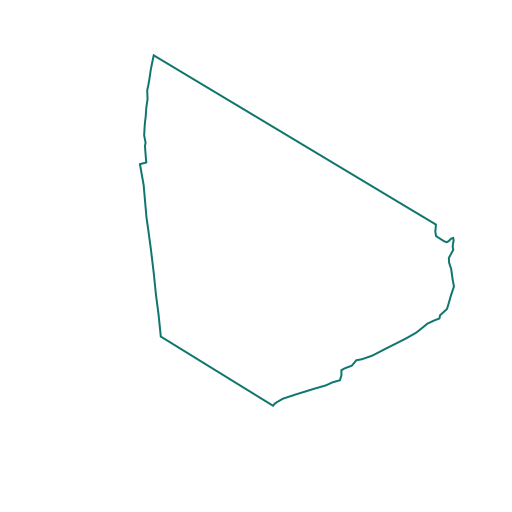 outline of Tesker, Zinder, Niger, rotated 301°
{"feature_id": "23599985B16015640173227", "entity_name": "Tesker", "entity_type": "district", "adm_level": 2, "iso_a3": "NER", "parent_name": "Niger", "parent_adm1": "Zinder", "projection": "robinson", "projection_center": [11.083, 15.833], "detail": "fine", "context": "isolated", "style": "outline", "palette": "teal", "viewbox_px": 512, "rotation_deg": 301, "n_neighbors": 0, "source": "geoboundaries", "source_scale": "gbopen_adm2", "svg_char_len": 1030}
<svg xmlns="http://www.w3.org/2000/svg" viewBox="0 0 512 512"><g transform="rotate(301 256 256)"><path d="M274.9,109.2L273.7,110.3L259.0,123.1L232.6,142.3L224.4,149.0L206.8,163.1L188.5,177.3L171.9,189.7L155.4,202.8L137.9,215.9L136.4,347.7L139.1,348.1L141.3,349.1L147.5,352.5L158.4,361.9L171.8,373.9L181.3,382.7L186.9,386.5L192.7,391.9L197.7,390.7L202.1,388.0L205.4,389.9L211.3,394.6L218.3,395.7L222.0,399.9L230.5,407.0L244.0,415.3L262.5,427.0L272.8,432.8L281.3,436.0L286.2,437.7L292.6,442.0L296.9,445.4L300.0,444.3L309.0,447.0L314.5,445.6L321.8,443.6L331.8,441.4L337.2,436.6L345.5,429.9L345.9,429.4L346.5,428.7L349.7,425.0L353.7,422.3L362.9,421.9L365.7,419.5L371.3,417.3L373.0,415.7L371.4,414.3L368.0,413.5L366.1,412.4L365.5,409.8L365.8,400.1L369.3,397.1L372.5,395.6L375.6,394.0L375.3,65.0L371.2,66.4L361.6,69.8L351.8,73.9L346.8,75.8L342.0,77.4L334.7,82.2L326.8,85.5L318.6,89.7L313.8,91.8L308.4,94.5L301.8,98.0L296.1,103.1L293.2,104.1L283.3,111.1L279.7,113.8L274.9,109.2Z" fill="none" stroke="#0f766e" stroke-width="2"/></g></svg>